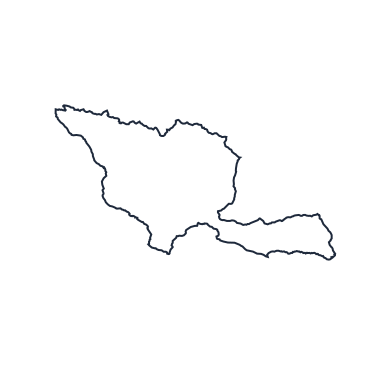 Pachitea, Huánuco, Peru, rotated 109°
{"feature_id": "86281439B39001468378373", "entity_name": "Pachitea", "entity_type": "district", "adm_level": 2, "iso_a3": "PER", "parent_name": "Peru", "parent_adm1": "Huánuco", "projection": "natural_earth1", "projection_center": [-75.872, -9.94], "detail": "fine", "context": "isolated", "style": "outline", "palette": "slate", "viewbox_px": 384, "rotation_deg": 109, "n_neighbors": 0, "source": "geoboundaries", "source_scale": "gbopen_adm2", "svg_char_len": 6056}
<svg xmlns="http://www.w3.org/2000/svg" viewBox="0 0 384 384"><g transform="rotate(109 192 192)"><path d="M151.2,338.5L151.7,341.2L152.6,341.8L153.0,341.6L153.0,340.8L153.4,340.1L154.8,339.4L155.6,338.1L156.3,338.3L156.7,341.1L156.6,342.4L157.1,343.0L157.1,344.6L157.8,345.0L158.0,345.6L158.2,347.8L162.2,346.5L162.9,345.5L164.8,345.1L165.4,343.3L166.6,342.7L169.0,338.8L169.2,337.7L170.0,335.6L171.7,333.2L171.9,332.2L172.7,330.7L175.6,327.8L176.2,326.6L176.4,325.1L177.2,324.5L177.0,322.6L175.7,319.8L174.9,315.5L175.9,312.8L177.0,312.1L177.2,310.3L178.4,309.5L178.9,308.5L179.8,308.0L182.4,303.9L184.9,301.1L186.6,300.2L188.5,298.1L190.3,297.4L193.2,295.0L193.9,294.7L195.7,291.6L196.0,289.2L197.0,287.2L196.9,284.8L197.5,284.1L197.2,283.4L198.2,283.0L198.0,282.1L199.3,281.1L200.3,280.8L201.2,279.5L202.5,279.6L204.6,278.3L207.7,280.0L211.4,280.6L214.4,279.1L217.5,276.5L219.4,277.2L222.0,275.2L223.1,275.1L224.1,275.5L225.1,275.1L226.8,273.6L227.9,271.8L229.8,270.1L231.1,267.6L231.9,265.2L231.6,262.6L231.8,259.7L232.2,258.8L232.0,258.1L232.2,257.6L230.7,254.2L231.4,252.7L231.2,251.7L231.5,250.1L231.1,249.3L231.8,247.4L231.8,245.9L232.1,245.1L232.9,243.9L233.9,244.0L234.5,242.8L234.6,241.7L234.2,241.1L234.3,240.6L233.8,240.1L233.7,239.3L234.1,237.6L234.6,237.4L234.2,236.7L234.4,235.7L234.2,235.2L234.5,235.0L235.3,235.1L235.8,234.1L236.7,229.7L236.3,228.7L237.7,226.8L237.7,225.0L238.4,223.1L239.2,222.3L240.1,222.5L240.5,222.1L240.8,222.3L241.6,221.7L245.4,216.7L249.0,216.7L250.2,216.0L250.8,216.5L252.2,216.2L252.9,216.5L255.0,215.7L255.7,216.3L256.5,214.9L257.6,211.9L257.3,208.4L257.0,208.0L257.6,206.5L257.7,204.7L257.0,201.7L257.7,199.4L257.0,197.2L257.3,195.9L258.4,195.4L258.3,193.9L258.1,193.5L257.4,193.2L256.9,193.5L253.4,193.5L250.5,192.3L249.9,192.6L249.2,193.9L247.4,194.0L246.4,193.7L244.5,194.3L240.5,192.1L238.7,192.1L238.3,190.8L237.5,189.9L236.8,187.2L235.6,185.6L233.2,184.4L232.3,184.6L231.3,185.2L229.8,185.1L225.5,181.8L223.1,178.3L222.3,176.1L219.7,176.3L219.1,175.9L219.5,174.1L219.1,171.8L218.5,171.2L218.4,170.3L217.7,170.0L217.1,167.7L217.1,167.1L217.7,166.5L218.8,163.8L218.5,161.9L219.6,159.7L219.2,157.1L219.4,155.9L220.1,155.6L221.4,153.9L223.4,152.9L224.7,152.9L226.1,154.4L227.7,153.4L228.1,152.9L227.8,150.5L228.6,149.6L228.6,146.2L228.1,141.6L226.1,135.2L226.4,129.8L227.0,127.7L227.0,126.6L228.7,123.2L229.3,121.3L228.5,114.9L229.1,110.4L228.0,106.5L228.1,103.8L228.8,101.3L228.7,99.2L226.9,100.5L224.8,99.7L222.7,97.8L221.8,96.1L221.6,94.7L220.1,93.0L219.4,91.2L219.3,88.7L218.9,88.1L219.1,87.3L218.2,85.6L218.5,84.0L218.1,83.1L218.2,82.3L219.0,80.9L218.6,79.8L217.3,78.4L217.0,77.4L215.8,77.1L215.7,76.3L215.0,75.8L214.5,74.6L213.7,73.7L213.7,72.0L213.3,71.5L213.7,69.9L213.0,69.3L213.1,67.6L213.5,66.9L212.8,65.5L213.1,64.5L212.6,64.3L212.3,63.5L212.0,63.4L212.0,62.6L211.3,61.0L211.5,59.9L210.6,58.9L210.7,58.4L209.7,56.6L209.8,55.3L210.3,54.3L209.7,53.4L209.9,52.9L209.7,52.6L210.0,52.3L210.3,51.2L210.0,50.1L210.3,47.6L209.9,47.2L211.1,45.6L211.0,44.3L211.7,42.6L211.4,40.7L210.8,39.6L208.7,38.1L208.2,38.9L207.6,38.2L207.4,37.3L205.4,36.2L204.7,36.4L204.5,37.0L203.8,36.6L201.4,39.7L199.8,40.6L198.9,41.6L198.6,42.5L197.2,44.6L194.9,46.2L192.6,45.1L192.0,45.3L190.5,44.8L187.3,45.9L186.5,46.6L185.1,48.1L184.2,50.3L182.5,52.0L179.7,57.2L175.7,60.9L175.8,61.8L175.4,62.7L173.0,63.6L172.5,64.1L172.8,64.4L171.9,66.2L173.1,67.2L174.5,69.8L176.1,70.8L176.0,72.6L176.6,73.9L177.0,76.1L176.8,77.5L177.5,79.3L178.6,80.1L179.1,81.2L178.9,83.5L180.2,86.2L181.0,87.6L182.0,88.4L182.4,89.2L183.9,90.6L184.5,92.9L185.5,94.4L186.7,95.0L187.3,95.7L188.8,96.4L189.3,97.0L189.9,97.1L190.3,97.8L190.0,99.0L190.2,100.0L192.7,103.1L193.8,103.9L194.8,106.6L196.0,107.2L196.4,108.3L197.9,109.9L198.1,113.2L196.2,115.2L194.9,119.2L195.1,119.6L197.2,120.6L202.4,126.6L203.8,127.7L204.2,129.1L205.2,129.8L205.4,131.1L206.5,132.9L206.0,135.8L206.6,139.4L205.7,141.0L205.4,143.0L205.8,145.0L206.9,146.5L208.0,149.6L208.1,152.8L208.6,153.7L208.8,155.3L208.5,156.7L207.6,157.8L206.4,158.5L205.6,158.3L204.5,158.6L202.9,160.8L201.7,161.2L200.0,158.4L198.3,157.5L197.4,156.4L191.2,153.4L190.5,151.2L189.7,150.3L185.2,149.7L184.2,150.1L182.3,150.1L180.8,150.6L177.0,150.8L175.3,152.4L174.4,152.5L173.1,154.6L171.0,154.9L167.7,156.4L164.5,157.0L162.3,156.7L158.3,156.9L157.9,157.4L155.4,158.1L150.7,158.9L147.9,158.8L147.3,159.1L145.9,158.3L144.6,158.3L143.8,157.8L144.0,159.0L142.7,162.2L142.1,163.1L142.1,164.0L140.9,167.3L139.8,168.0L139.2,168.9L139.2,170.3L138.1,172.5L138.0,174.5L137.7,174.9L137.7,175.3L134.6,177.5L132.0,176.7L131.0,176.8L129.7,177.4L128.8,177.4L129.0,178.8L130.3,181.5L129.9,183.1L130.1,184.3L128.5,187.9L129.1,189.7L130.6,191.2L130.7,192.0L130.3,193.6L130.5,195.5L129.7,196.9L128.2,198.0L128.0,199.5L128.3,200.6L127.3,201.7L127.9,202.5L128.0,203.2L125.6,205.1L126.2,208.0L125.7,208.8L125.8,209.6L127.0,212.0L128.6,213.2L128.6,217.5L127.8,218.8L127.8,219.4L129.3,220.6L130.0,222.0L130.3,223.2L130.0,224.9L128.5,227.5L128.3,228.5L129.5,230.2L130.2,230.5L130.7,230.0L133.3,229.7L134.9,230.7L137.3,231.4L139.1,233.1L140.9,233.6L140.8,234.7L141.2,236.0L143.1,235.0L145.6,236.4L146.1,236.1L147.1,236.3L148.4,237.4L149.0,239.3L148.7,240.8L147.7,241.3L144.3,244.9L143.1,246.6L143.0,247.3L143.3,247.9L145.5,248.9L145.1,251.2L145.7,252.5L145.9,253.9L144.5,256.9L145.0,258.4L144.3,260.8L143.7,261.7L143.8,263.0L142.5,264.5L145.5,267.1L145.2,268.7L144.3,270.1L144.4,270.9L146.6,273.5L148.5,273.9L149.3,276.2L148.8,279.8L149.3,281.0L150.1,281.4L150.4,282.4L150.3,283.0L149.3,283.2L149.0,284.2L148.2,284.1L147.3,284.5L146.7,285.4L146.6,286.5L147.4,289.6L146.9,291.2L147.6,292.4L147.8,294.3L147.5,296.1L146.8,296.9L146.4,296.4L145.7,296.3L142.7,298.9L145.3,301.6L148.6,302.9L148.6,305.3L149.7,307.3L149.5,308.5L149.9,309.7L149.9,311.8L149.1,312.7L149.1,314.3L148.8,315.1L150.3,316.8L150.8,318.1L150.4,320.0L149.1,321.5L150.9,324.0L151.8,324.3L151.6,325.9L151.1,326.7L151.9,327.4L152.0,328.6L152.6,329.9L151.8,330.4L151.0,331.6L151.5,334.4L151.0,335.5L151.2,338.5Z" fill="none" stroke="#1e293b" stroke-width="2"/></g></svg>